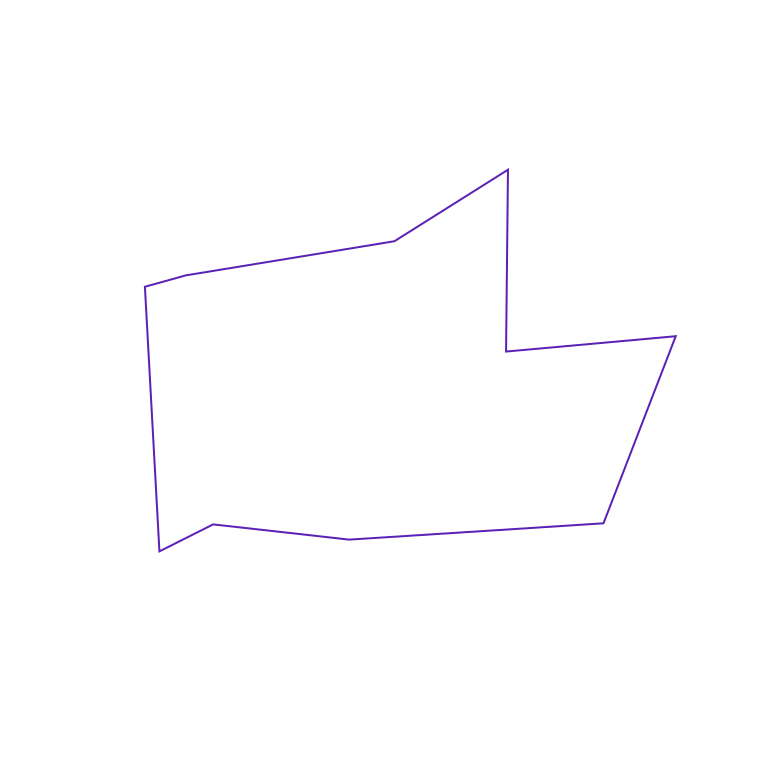 Devonshire, Equal Earth projection, rotated 205°
{"feature_id": "BMU-5136", "entity_name": "Devonshire", "entity_type": "state/province", "adm_level": 1, "iso_a3": "BMU", "parent_name": "Bermuda", "parent_adm1": "", "projection": "equal_earth", "projection_center": [-64.76, 32.301], "detail": "fine", "context": "isolated", "style": "outline", "palette": "violet", "viewbox_px": 768, "rotation_deg": 205, "n_neighbors": 0, "source": "natural_earth", "source_scale": "10m", "svg_char_len": 298}
<svg xmlns="http://www.w3.org/2000/svg" viewBox="0 0 768 768"><g transform="rotate(205 384 384)"><path d="M126.2,350.5L349.9,228.2L479.6,184.5L516.8,137.4L641.8,371.1L609.4,398.8L434.9,517.8L362.2,630.6L287.1,465.0L139.8,550.6L126.2,350.5Z" fill="none" stroke="#5b21b6" stroke-width="2"/></g></svg>